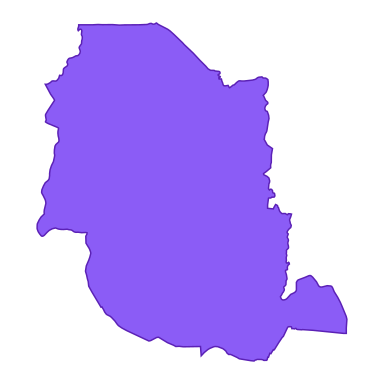 outline of Chau Thanh, Tây Ninh, Vietnam
{"feature_id": "81297802B30323481145094", "entity_name": "Chau Thanh", "entity_type": "district", "adm_level": 2, "iso_a3": "VNM", "parent_name": "Vietnam", "parent_adm1": "Tây Ninh", "projection": "robinson", "projection_center": [106.01, 11.316], "detail": "fine", "context": "isolated", "style": "filled", "palette": "violet", "viewbox_px": 384, "rotation_deg": 0, "n_neighbors": 0, "source": "geoboundaries", "source_scale": "gbopen_adm2", "svg_char_len": 5831}
<svg xmlns="http://www.w3.org/2000/svg" viewBox="0 0 384 384"><path d="M346.3,333.4L346.3,327.8L346.9,319.3L346.2,316.4L342.2,306.7L340.3,302.3L337.7,297.3L334.2,291.7L332.7,288.0L331.7,286.4L330.7,286.0L327.2,285.7L322.0,287.0L320.4,287.0L319.2,286.4L318.4,285.4L316.5,281.8L312.6,277.1L310.9,275.7L310.0,275.5L308.9,275.7L304.4,277.6L299.0,279.6L298.1,280.0L297.5,280.5L296.4,282.3L296.4,289.6L296.3,290.3L296.0,291.0L295.1,292.1L293.9,292.9L290.7,294.4L287.0,298.5L286.1,299.2L284.7,299.8L283.1,300.0L282.4,299.8L281.5,299.2L280.5,297.1L280.4,296.7L281.6,294.9L282.6,292.9L283.3,292.1L284.2,290.3L284.3,289.2L283.7,287.6L283.8,286.9L285.3,285.6L285.9,284.7L286.1,280.7L286.9,279.4L287.0,278.5L286.4,274.6L285.6,272.1L285.5,270.8L285.6,270.4L285.9,270.2L287.4,269.6L287.5,269.2L287.3,267.6L287.6,266.1L288.1,265.2L289.4,264.0L289.1,262.9L288.6,262.3L287.7,262.9L286.9,263.1L286.4,262.9L286.1,261.8L286.4,260.4L286.2,257.6L286.8,255.3L286.3,253.8L286.5,252.0L286.4,250.5L286.7,249.9L288.2,248.4L288.5,247.8L288.5,247.0L288.4,245.9L287.8,243.7L287.9,242.2L288.4,240.7L288.4,240.0L288.2,239.2L287.3,237.6L287.3,237.0L287.5,235.9L288.1,234.6L288.2,233.9L287.3,233.0L287.1,232.3L287.3,231.4L288.2,230.0L289.4,228.6L290.7,227.6L291.2,225.8L291.2,225.2L290.4,223.6L290.0,221.7L289.7,220.8L289.6,219.5L290.7,216.9L291.5,214.1L290.3,213.8L288.3,213.7L287.7,214.6L287.2,214.7L285.2,213.5L282.1,213.6L281.6,213.4L279.8,211.5L278.9,209.2L278.5,207.7L277.9,207.1L277.6,205.8L276.9,205.1L275.6,204.5L273.9,207.5L273.3,208.9L267.6,208.3L267.6,204.9L268.5,198.2L269.0,198.0L270.8,198.0L271.7,197.2L274.1,197.1L274.7,196.4L274.9,195.7L274.6,193.7L274.3,193.2L273.0,192.9L272.7,192.3L272.5,190.6L271.7,189.5L271.0,189.2L270.2,189.3L269.4,190.0L268.6,189.0L268.5,188.4L268.9,183.9L269.5,182.5L269.7,180.9L268.9,178.0L267.1,176.4L263.9,174.8L263.5,174.0L263.6,173.5L266.6,171.3L270.7,167.8L270.6,165.5L270.9,163.4L271.2,163.0L271.3,162.4L271.4,154.9L272.5,148.6L267.3,145.0L264.1,139.2L264.4,138.7L264.6,136.4L265.0,135.0L265.6,133.3L266.1,132.7L266.7,131.3L267.0,130.0L268.2,122.0L269.0,118.6L268.6,115.2L267.4,111.8L267.2,111.4L266.2,111.1L265.3,110.3L264.8,108.5L264.9,107.6L265.6,105.8L266.7,104.4L267.6,103.9L267.9,103.1L267.8,102.6L267.6,102.1L265.6,100.3L263.8,96.3L263.2,95.4L265.8,92.6L266.3,91.9L267.3,89.3L267.9,86.9L268.2,85.2L268.2,81.9L267.9,79.6L266.9,78.8L265.7,78.1L263.1,78.0L262.4,77.2L261.9,76.9L258.8,77.2L257.5,77.7L256.2,78.8L255.1,79.4L252.4,80.1L244.2,81.0L241.8,81.0L239.7,80.8L238.6,81.0L236.6,82.5L234.3,84.8L232.9,85.2L230.1,87.5L229.4,87.7L228.1,85.4L225.1,85.9L223.7,85.6L223.1,84.7L222.6,82.8L221.9,81.2L221.4,79.0L221.0,78.9L219.1,79.0L218.9,78.7L219.2,78.0L218.9,77.5L219.0,77.3L220.2,77.1L220.3,76.7L219.9,76.3L218.3,75.5L218.1,74.8L218.5,74.3L219.4,74.1L220.0,73.4L220.0,72.5L219.7,71.8L219.0,71.4L215.1,71.0L214.2,70.4L210.5,70.3L208.0,68.8L205.8,66.2L199.9,60.3L193.2,53.1L184.2,44.6L182.7,42.9L174.4,34.9L170.0,30.9L167.6,29.2L158.4,24.5L156.5,23.0L156.1,23.1L154.9,23.9L153.6,24.2L152.8,24.1L151.3,23.4L150.8,23.4L149.8,23.5L147.5,24.4L146.3,24.5L138.8,24.8L124.6,24.9L119.4,25.1L112.4,24.6L102.4,24.7L98.1,24.5L92.7,24.8L78.7,24.8L78.7,26.2L77.9,28.7L77.9,29.9L78.3,30.7L79.9,29.2L80.7,29.2L81.1,29.4L81.4,29.8L81.7,30.2L81.8,31.1L81.4,34.4L81.5,34.9L82.2,36.4L82.3,37.1L82.2,39.1L81.7,40.7L81.5,43.8L79.9,46.0L79.2,47.2L79.2,48.0L80.3,51.1L80.0,52.9L79.6,53.7L79.0,54.6L77.9,55.6L75.8,55.9L73.0,57.4L71.9,57.8L69.3,58.3L68.5,58.9L67.6,60.2L66.9,62.0L67.0,62.5L67.7,64.0L67.6,65.1L67.3,65.7L66.7,66.3L64.6,67.7L63.8,68.5L63.5,69.0L63.4,69.6L63.2,72.8L62.7,74.3L62.2,75.0L61.4,75.5L60.6,75.5L59.6,75.3L58.7,78.3L56.9,80.5L55.9,81.0L55.2,81.1L53.6,80.9L52.1,81.0L50.1,82.7L48.0,83.9L46.7,84.3L45.3,84.3L50.6,94.2L53.6,98.5L54.5,100.1L54.5,100.4L48.1,110.2L45.6,114.4L45.5,115.7L46.2,119.8L46.1,120.5L45.6,121.2L45.5,121.9L46.4,122.6L48.3,123.6L57.0,127.2L58.3,127.9L58.5,128.1L58.5,128.8L58.0,131.1L57.9,133.1L58.2,136.0L58.8,138.4L59.0,140.7L58.6,142.0L55.9,144.5L55.0,146.1L54.4,150.0L54.3,153.2L54.7,155.1L54.5,156.7L53.4,161.7L51.5,165.5L50.1,169.7L49.6,173.4L49.6,175.6L49.2,178.6L48.7,179.6L47.9,180.6L45.3,182.7L43.5,185.9L41.9,189.8L41.6,192.3L42.0,193.5L43.2,195.6L45.2,199.7L45.6,201.2L45.9,203.2L45.5,205.0L44.3,209.9L44.1,212.1L44.3,213.9L41.0,217.1L39.2,219.9L37.4,223.6L37.2,224.8L37.1,228.3L37.3,229.3L38.2,231.7L39.5,233.7L41.1,235.7L41.9,236.2L42.8,236.2L44.3,235.3L47.2,232.2L49.2,230.4L52.2,228.8L55.3,228.0L55.6,228.0L58.2,229.0L60.7,229.4L63.3,229.5L67.1,229.2L69.0,229.7L70.9,229.9L71.8,230.2L73.3,231.3L74.2,231.9L75.9,232.3L78.0,232.2L81.7,232.7L85.6,232.5L87.0,232.7L87.0,234.0L85.8,236.2L86.0,243.2L89.3,248.6L90.3,251.1L90.7,252.5L90.8,253.3L89.9,256.9L88.9,259.8L86.3,265.9L85.5,271.0L85.6,271.7L86.6,275.0L87.4,278.8L88.2,281.5L88.7,286.1L89.0,286.7L91.8,291.8L101.0,307.2L101.9,306.9L103.6,309.7L104.6,311.9L106.2,314.1L107.0,314.7L110.2,316.3L111.6,317.5L114.9,321.0L117.1,324.1L118.4,325.6L121.9,328.0L126.7,330.6L148.9,341.0L150.7,340.6L156.6,337.5L157.7,337.3L158.7,337.3L167.4,342.6L173.7,345.3L175.8,346.5L179.2,346.3L183.3,346.8L200.5,346.5L201.2,355.8L204.3,352.5L207.9,349.5L210.0,348.3L213.9,346.7L215.3,346.5L217.8,346.7L222.8,348.6L224.3,349.7L225.8,351.0L227.2,353.3L228.8,354.5L230.3,354.4L231.5,354.8L237.2,357.5L239.3,358.8L250.9,360.7L254.1,361.0L255.3,360.0L256.2,359.9L256.9,359.5L257.6,359.4L261.6,359.5L262.9,359.8L263.6,360.3L264.0,360.4L266.7,360.3L267.1,359.7L267.8,357.1L268.5,357.2L269.8,353.3L270.9,353.7L273.3,349.7L273.5,349.6L273.9,350.0L274.4,349.6L278.8,342.5L282.1,337.6L283.4,336.3L287.4,327.8L288.1,326.9L288.6,326.7L290.9,326.7L291.4,326.9L291.9,328.7L292.9,328.6L294.6,328.9L295.2,328.5L295.9,328.4L296.6,329.2L297.4,329.5L301.9,329.8L302.4,329.6L312.9,330.3L343.7,333.4L346.3,333.4Z" fill="#8b5cf6" stroke="#5b21b6" stroke-width="1.5"/></svg>